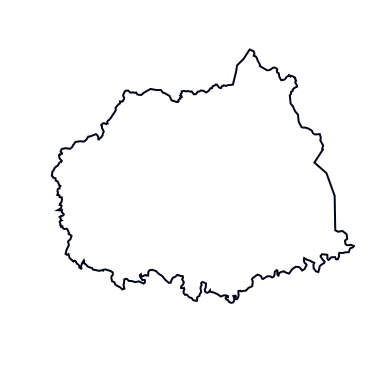 outline of Adansi Akrofuom, Ashanti, Ghana, rotated 342°
{"feature_id": "2480657B88279606337785", "entity_name": "Adansi Akrofuom", "entity_type": "district", "adm_level": 2, "iso_a3": "GHA", "parent_name": "Ghana", "parent_adm1": "Ashanti", "projection": "mercator", "projection_center": [-1.679, 6.031], "detail": "fine", "context": "isolated", "style": "outline", "palette": "ink", "viewbox_px": 384, "rotation_deg": 342, "n_neighbors": 0, "source": "geoboundaries", "source_scale": "gbopen_adm2", "svg_char_len": 5951}
<svg xmlns="http://www.w3.org/2000/svg" viewBox="0 0 384 384"><g transform="rotate(342 192 192)"><path d="M213.3,93.1L212.7,94.8L211.7,95.1L211.2,96.4L210.5,96.8L210.9,97.4L211.5,97.0L211.6,98.5L210.6,98.7L210.2,99.2L209.6,99.0L209.2,99.9L207.9,100.0L207.1,100.8L207.2,101.7L206.2,102.0L205.5,101.8L200.9,98.5L200.3,93.6L196.2,89.2L195.1,88.7L193.9,85.3L190.2,84.3L184.4,81.2L176.5,82.8L174.0,84.0L171.5,83.2L170.1,82.2L169.5,80.1L167.9,79.9L166.5,78.8L165.8,79.0L164.1,78.4L162.6,75.8L160.3,75.2L158.9,75.9L156.5,78.5L156.3,80.5L156.7,81.2L155.9,82.9L154.6,83.5L154.6,84.0L153.4,84.5L151.4,83.6L151.1,85.1L150.7,85.6L149.0,86.0L145.3,88.3L144.8,90.7L137.2,96.8L134.9,98.1L134.1,98.2L133.0,99.1L132.9,100.7L132.1,100.5L131.4,100.9L129.7,99.4L128.7,99.2L126.3,100.3L126.8,101.6L126.1,103.0L126.8,107.1L125.1,109.1L124.6,110.3L123.0,111.6L119.9,113.2L119.2,113.0L119.2,112.3L119.9,111.6L119.5,108.7L118.5,107.3L112.3,107.7L110.4,107.3L107.7,109.6L104.8,110.7L101.5,109.2L96.8,108.4L95.9,108.7L95.1,109.7L93.9,110.3L91.8,112.3L89.3,113.2L85.1,111.2L81.2,110.9L79.5,113.0L80.4,114.6L80.2,115.4L78.4,115.8L77.9,115.2L76.8,115.9L76.4,119.2L77.8,122.1L77.3,122.7L75.1,123.1L72.3,125.5L70.7,125.8L68.6,126.9L67.6,128.1L65.2,129.9L65.0,131.0L64.2,132.0L63.7,133.4L64.4,134.3L64.5,135.5L66.4,136.8L66.0,139.0L67.5,140.6L67.9,144.8L68.7,145.6L67.6,146.3L67.1,147.7L65.5,147.7L65.1,147.9L64.3,149.8L64.5,150.7L63.9,151.7L63.9,152.4L63.0,153.1L63.7,153.6L64.5,153.7L64.9,154.3L64.5,155.9L65.1,156.4L66.4,156.7L66.0,159.2L64.4,161.6L62.8,162.4L62.9,162.9L62.2,163.5L63.6,164.3L63.7,164.9L61.8,167.5L61.1,167.3L58.6,167.8L61.8,169.0L62.0,169.7L62.5,169.5L61.9,170.9L63.0,172.9L63.1,173.9L61.7,174.6L59.9,174.3L58.5,174.8L59.0,175.4L58.7,178.1L59.2,178.7L57.6,178.9L56.8,179.6L57.0,182.3L56.5,182.7L56.8,183.2L56.7,184.0L57.2,184.3L57.0,184.6L58.1,184.6L57.9,185.9L58.4,187.0L59.2,187.8L60.9,188.0L61.9,188.8L62.4,193.0L61.7,193.6L63.9,196.5L61.7,199.4L58.8,200.7L58.5,204.5L55.0,208.0L52.6,211.8L53.7,213.1L55.3,212.9L55.2,216.9L57.7,221.5L58.9,221.0L59.9,221.7L60.3,224.3L61.9,226.8L61.6,229.1L62.9,230.7L63.3,230.4L63.5,228.4L65.5,225.7L68.0,223.6L68.0,224.4L67.3,226.5L68.6,227.9L69.6,230.4L71.5,232.2L73.4,233.3L73.9,235.2L79.4,238.3L82.8,238.6L83.1,239.2L83.7,238.6L85.8,238.9L90.0,241.9L91.8,244.0L91.1,246.3L89.6,247.2L88.8,248.4L88.4,252.1L90.4,254.0L90.4,256.1L91.3,257.5L94.4,260.7L95.7,263.1L97.8,263.1L98.2,258.9L99.1,257.8L100.6,254.2L102.2,254.1L103.2,254.5L104.4,257.0L107.9,258.4L108.9,259.4L110.4,260.2L113.9,260.6L117.7,264.1L119.2,263.5L119.7,262.4L119.8,261.0L117.6,260.3L116.4,256.4L116.8,254.9L117.9,254.5L117.5,256.1L117.9,256.9L122.0,256.6L122.5,256.7L123.1,257.5L124.5,257.9L125.8,254.5L127.4,253.3L129.9,253.6L133.2,255.9L135.2,259.7L137.6,262.5L139.4,267.2L141.9,271.3L143.8,271.6L145.6,269.1L147.6,267.5L149.8,267.5L152.1,266.4L153.6,266.9L154.8,268.1L157.2,269.2L156.9,270.9L155.6,272.0L156.4,275.2L155.1,277.0L152.3,278.8L151.9,279.9L153.7,280.8L154.7,280.7L154.7,282.2L153.1,284.1L152.9,285.8L153.6,287.7L155.4,288.0L156.7,291.1L158.9,292.8L159.7,295.3L162.5,296.9L163.2,296.9L164.2,294.1L164.8,293.6L166.9,293.1L167.9,291.5L169.8,290.0L170.4,286.1L171.1,284.7L172.4,283.7L172.4,281.8L173.4,280.9L174.4,280.9L177.0,283.3L175.6,287.0L173.9,288.9L173.7,290.8L175.0,292.4L175.8,292.6L177.0,292.4L178.6,291.2L178.4,292.2L182.5,295.0L185.0,297.4L187.0,300.3L190.4,300.1L192.3,300.8L194.1,302.2L193.7,303.2L192.0,302.4L191.2,303.2L191.3,304.6L193.0,306.1L193.2,307.9L194.9,309.5L196.9,309.7L198.3,308.7L199.2,306.4L199.2,303.7L201.2,304.0L201.5,304.8L200.2,306.3L200.2,307.0L201.4,307.9L203.3,306.5L204.5,304.5L204.7,302.9L205.6,300.5L207.4,300.9L207.9,301.6L212.9,302.4L216.0,300.7L220.2,300.2L222.2,295.8L222.0,293.7L223.0,292.7L228.8,290.8L231.6,293.1L232.0,296.1L232.6,296.7L237.7,295.4L240.6,296.5L241.7,298.0L243.7,297.7L244.8,296.3L246.1,293.5L248.3,292.5L249.0,293.1L247.8,296.2L247.8,297.7L248.4,298.2L249.9,296.0L252.3,295.6L255.0,295.9L256.1,297.4L259.1,299.6L263.6,296.3L267.5,295.2L270.1,296.2L271.2,297.2L272.5,300.7L275.2,300.1L278.4,296.9L278.5,296.5L277.1,293.7L277.4,291.2L278.3,289.5L280.2,291.8L283.4,294.1L284.0,295.1L286.4,297.1L285.1,298.5L284.1,302.2L285.4,305.8L287.4,307.1L289.3,304.4L290.5,302.0L292.9,301.0L295.7,300.4L296.6,299.1L295.4,296.8L294.4,293.1L294.6,292.5L296.6,291.4L301.3,293.5L300.3,297.0L300.4,298.2L300.8,298.8L302.2,298.4L303.5,297.3L305.6,297.4L307.9,298.1L308.1,300.1L308.4,300.7L310.1,300.9L312.2,298.2L312.5,296.5L313.4,295.5L317.0,296.7L318.9,296.7L322.5,297.7L325.0,294.5L328.2,294.3L329.3,293.4L326.7,291.3L324.3,291.0L322.7,290.3L321.9,289.1L322.4,285.7L322.8,285.3L325.1,284.6L326.0,279.9L323.0,275.5L318.8,275.0L316.4,272.7L326.5,239.7L325.7,215.6L317.5,201.8L330.4,191.4L328.7,192.6L329.3,190.8L331.1,188.4L330.0,182.6L331.3,180.2L331.4,176.4L327.5,175.5L326.2,174.9L325.2,173.4L325.0,170.8L322.5,167.8L319.7,165.8L317.0,164.8L316.2,164.0L315.3,159.1L315.3,157.6L316.7,151.2L315.0,147.2L314.4,141.4L313.1,138.4L314.9,130.3L316.3,129.4L317.3,127.2L318.8,127.2L319.7,125.7L321.4,124.7L324.4,124.3L324.7,123.1L324.1,119.8L324.5,119.0L325.3,118.5L325.4,117.7L325.0,117.1L325.3,116.1L324.9,115.6L325.3,115.0L323.4,113.0L321.4,111.6L321.0,112.3L320.0,110.9L319.5,111.4L317.4,111.8L315.7,113.3L314.2,113.7L311.5,113.3L310.9,111.2L310.7,108.8L311.2,106.0L309.9,104.4L310.1,103.1L311.0,101.8L310.7,101.0L310.2,100.2L308.7,99.0L307.4,98.9L303.7,100.0L301.1,99.5L295.4,93.1L296.0,91.8L295.1,87.6L295.0,84.5L294.5,82.8L292.8,81.5L294.1,79.9L294.1,77.2L290.9,74.3L282.0,81.5L274.0,85.5L271.1,91.2L264.1,102.5L258.8,101.5L257.1,101.6L255.0,100.3L254.1,100.8L253.1,100.6L251.8,102.1L251.2,102.0L250.0,100.9L248.8,97.6L248.0,97.1L246.4,97.7L244.3,97.8L243.1,99.4L241.5,99.1L239.0,101.0L236.3,101.7L234.3,99.5L232.1,98.2L230.2,98.6L228.4,98.4L226.6,99.8L225.2,100.0L224.0,99.7L222.8,96.3L221.5,96.1L219.5,94.8L217.6,94.5L215.2,93.2L213.3,93.1Z" fill="none" stroke="#020617" stroke-width="2"/></g></svg>